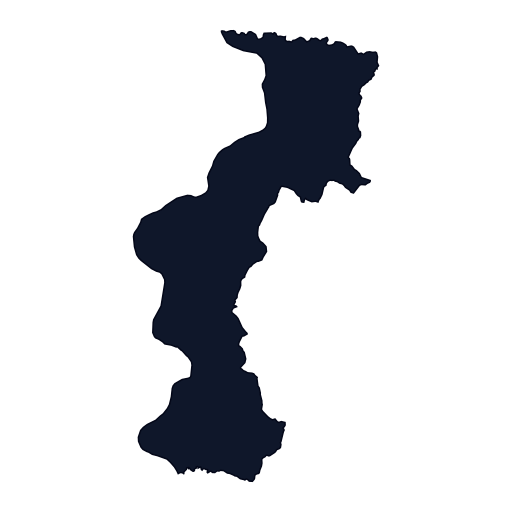 Beltrán, Cundinamarca, Colombia
{"feature_id": "7082276B10333710753159", "entity_name": "Beltrán", "entity_type": "district", "adm_level": 2, "iso_a3": "COL", "parent_name": "Colombia", "parent_adm1": "Cundinamarca", "projection": "albers", "projection_center": [-74.723, 4.715], "detail": "fine", "context": "isolated", "style": "filled", "palette": "ink", "viewbox_px": 512, "rotation_deg": 0, "n_neighbors": 0, "source": "geoboundaries", "source_scale": "gbopen_adm2", "svg_char_len": 6000}
<svg xmlns="http://www.w3.org/2000/svg" viewBox="0 0 512 512"><path d="M285.0,422.5L281.3,421.6L279.3,422.3L278.4,422.3L277.3,421.8L275.0,419.0L272.5,419.8L270.2,418.7L267.8,416.8L262.5,411.3L261.4,409.4L262.2,404.5L261.9,403.3L261.8,400.7L260.2,394.4L260.3,393.1L259.2,387.9L257.9,386.0L256.9,378.4L257.2,377.4L254.8,375.4L253.8,373.9L251.9,373.2L248.3,372.9L246.7,372.4L245.8,371.7L243.2,370.6L242.0,369.3L240.8,368.6L240.5,368.0L240.6,367.2L244.8,362.6L245.7,358.9L244.2,352.5L243.3,351.2L242.4,350.6L242.6,349.9L242.3,348.9L240.1,346.6L238.6,345.7L238.6,343.7L239.3,341.6L242.1,336.1L243.8,335.9L247.1,334.0L247.0,333.3L245.5,331.8L242.1,327.6L238.1,318.7L236.2,316.2L231.8,312.5L231.8,310.3L233.3,308.0L236.6,306.7L235.8,305.8L234.6,306.1L233.9,305.0L234.0,304.2L235.3,301.8L234.8,300.0L237.0,297.6L237.2,294.9L238.0,292.3L239.7,288.8L240.7,285.5L240.6,281.4L241.2,279.8L242.3,278.5L244.6,277.1L244.9,275.1L247.3,270.3L249.2,267.2L250.9,266.4L252.8,264.1L256.8,261.4L258.5,261.2L261.8,259.9L263.1,257.0L266.5,251.5L266.0,246.7L262.8,243.1L260.0,241.2L258.6,238.4L257.7,235.9L257.6,232.3L258.3,226.2L259.5,224.9L260.0,223.3L261.6,220.4L264.3,214.2L267.4,209.0L267.6,208.2L268.3,207.7L269.2,205.5L273.8,203.5L275.2,201.9L277.6,195.2L277.4,193.7L278.5,192.1L279.0,190.2L281.0,186.7L281.7,186.2L287.2,187.2L294.3,190.5L296.3,193.6L298.0,195.5L300.4,197.0L301.2,200.6L301.6,201.7L302.1,202.0L303.8,202.2L304.4,199.9L305.5,198.4L307.1,199.7L311.8,201.7L315.5,201.2L318.0,202.0L318.3,201.0L319.2,199.2L320.0,198.4L321.9,194.5L323.6,187.2L324.5,186.2L325.9,185.3L326.2,183.5L326.7,182.6L327.6,181.4L328.9,180.6L330.2,180.2L331.7,180.4L334.0,180.2L335.2,181.1L337.4,181.6L339.6,183.1L342.5,183.9L344.3,185.6L345.5,187.3L349.7,190.1L351.0,192.2L353.5,193.0L359.5,185.2L361.5,184.5L365.3,184.8L367.2,183.3L369.5,182.3L370.1,181.5L370.2,180.5L361.3,177.6L359.3,173.5L356.4,170.7L354.4,169.5L351.8,166.1L349.9,164.9L349.6,159.6L349.3,158.5L348.4,157.8L348.2,157.1L352.2,148.1L355.7,143.4L356.6,141.3L358.3,139.5L358.6,138.4L359.9,137.6L360.6,135.5L360.4,132.0L359.8,131.3L358.5,130.8L358.6,129.7L357.4,126.5L357.4,124.6L358.5,121.0L358.1,116.1L358.7,113.5L356.9,108.9L359.2,104.9L360.3,101.9L360.3,100.2L361.7,98.0L360.9,96.1L360.1,95.6L359.0,93.7L359.1,92.8L360.0,91.4L359.9,89.3L361.7,86.3L364.2,84.7L366.2,82.7L367.6,82.0L368.7,80.3L371.0,79.2L371.9,77.1L374.0,75.3L374.1,74.2L373.4,72.8L373.5,72.2L374.8,71.1L375.4,69.2L376.0,68.8L377.1,68.9L377.0,67.6L378.5,65.7L377.0,62.3L377.5,56.8L376.5,52.9L375.5,52.1L372.8,52.4L369.6,51.8L366.7,52.2L363.5,54.4L361.2,53.1L358.1,54.0L353.6,47.2L352.1,46.3L351.2,46.1L346.9,47.0L346.0,45.3L344.9,44.4L342.8,43.1L340.5,42.2L335.8,41.8L335.2,42.1L334.4,43.6L332.3,44.9L329.5,45.4L327.9,45.2L326.9,44.5L326.4,43.5L326.5,42.3L327.7,40.7L328.0,39.9L327.3,37.9L326.8,37.4L323.7,38.8L322.3,39.1L321.3,40.3L320.4,40.7L318.8,40.1L317.6,39.0L316.2,38.3L315.3,38.2L313.6,38.8L311.3,38.3L310.5,39.3L309.8,40.7L306.7,41.9L303.6,38.6L301.2,37.5L300.1,37.4L295.2,40.1L293.0,40.4L291.8,41.8L291.2,42.1L289.5,41.4L287.0,41.5L285.7,40.7L285.1,39.4L285.4,36.6L284.1,37.0L280.2,36.2L277.8,36.5L276.6,35.5L275.9,33.6L274.6,32.7L273.9,32.9L273.6,33.9L273.2,34.1L271.2,33.0L264.1,33.3L263.4,35.0L263.3,36.7L262.7,37.6L260.6,39.0L258.6,39.3L257.5,39.0L255.5,34.5L251.1,31.8L249.9,31.7L248.4,32.2L247.2,34.1L246.1,34.8L245.0,34.7L244.1,33.4L242.0,32.7L241.2,32.9L239.9,34.6L239.2,34.9L236.7,34.1L235.9,33.3L235.1,31.5L233.7,30.7L230.5,30.8L226.8,32.0L225.6,32.1L224.2,31.2L222.1,30.9L221.5,31.1L221.5,31.9L222.3,33.9L227.0,42.6L232.8,46.4L243.4,50.6L256.9,53.1L262.1,57.9L265.3,64.2L266.2,75.7L264.8,79.6L262.4,84.1L262.5,87.3L264.6,92.9L265.7,102.5L267.0,109.1L267.7,117.9L267.6,122.8L266.4,126.4L265.3,128.2L263.2,130.0L259.0,132.3L249.2,135.1L244.9,136.9L245.1,137.3L239.0,139.6L234.6,142.4L230.3,146.0L224.6,148.5L222.5,149.8L219.4,152.5L217.8,154.5L213.9,161.3L212.6,166.0L209.1,173.0L207.6,177.4L208.9,186.1L207.9,190.4L205.8,192.9L201.4,195.5L196.0,197.4L193.8,197.0L190.9,195.7L187.4,195.4L176.9,198.3L165.8,205.6L161.3,209.7L156.6,212.0L153.0,213.0L148.9,214.9L145.1,216.8L141.6,219.3L140.8,222.3L137.7,228.3L134.7,232.5L133.9,234.4L133.5,236.6L134.5,246.9L136.7,254.7L138.9,258.1L141.2,260.4L151.6,268.6L156.4,271.1L159.9,272.1L162.0,274.0L164.7,279.5L164.9,282.6L161.1,306.1L153.7,319.7L153.2,322.5L152.8,332.6L154.5,336.6L155.7,337.9L158.6,339.1L162.6,341.7L164.8,343.9L171.4,345.1L176.3,347.0L177.0,346.4L181.3,350.3L182.2,350.7L186.4,355.5L187.6,356.5L187.9,356.5L191.5,361.8L192.2,366.2L191.9,366.2L190.9,375.9L190.2,377.5L188.2,378.3L182.2,379.5L175.0,383.6L173.2,385.8L172.3,388.4L171.4,396.8L169.5,404.6L167.4,408.6L163.2,413.9L160.2,416.2L155.8,420.3L147.3,424.5L143.4,427.4L140.7,430.4L138.4,437.2L138.6,441.4L141.1,447.2L143.0,449.4L146.9,451.5L148.7,452.1L152.3,454.3L157.4,455.6L166.9,459.0L170.4,462.2L174.5,466.9L176.9,470.8L178.2,473.6L179.8,472.7L181.0,472.5L182.6,472.8L183.7,473.6L183.9,473.1L183.7,472.1L186.4,469.3L186.5,468.1L186.9,467.6L187.7,467.7L188.4,468.4L188.7,467.5L189.1,467.5L190.4,469.5L192.9,471.2L193.7,471.2L194.4,470.5L194.1,469.5L194.3,469.1L196.2,468.1L196.3,466.9L197.3,466.5L198.0,467.0L198.1,468.1L200.1,467.0L200.8,467.1L201.4,469.5L202.1,470.1L203.0,468.9L204.0,468.5L206.1,469.5L207.6,469.6L207.7,470.1L207.2,472.2L207.7,472.8L210.6,471.1L211.4,471.3L212.3,472.4L214.8,472.5L216.9,470.9L219.2,471.0L220.4,470.3L223.7,470.6L227.3,473.0L229.8,473.4L233.7,475.1L235.0,475.9L236.8,476.1L240.3,478.7L244.2,479.6L244.9,480.0L245.9,479.2L246.7,479.0L248.5,480.2L249.2,481.1L252.4,481.3L254.1,479.3L254.5,478.3L254.8,475.2L256.5,473.9L258.4,473.5L259.2,472.8L259.8,470.0L261.4,466.1L261.9,463.2L261.7,459.6L262.1,458.7L263.0,457.8L265.0,456.7L266.1,455.4L266.9,455.2L268.9,455.9L269.8,455.6L274.7,452.4L275.7,451.3L276.6,449.7L279.4,448.5L280.4,447.5L280.9,444.6L280.4,442.6L280.9,441.7L283.4,431.5L284.0,430.5L283.9,429.3L283.3,428.7L283.0,427.9L284.3,426.6L285.1,425.1L285.0,422.5Z" fill="#0f172a" stroke="#020617" stroke-width="1.5"/></svg>